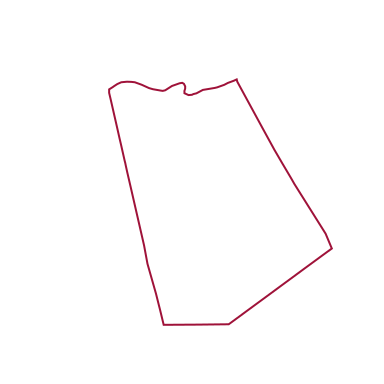 Buriti, Maranhão, Brazil (orthographic projection), rotated 231°
{"feature_id": "56859067B91563835900572", "entity_name": "Buriti", "entity_type": "district", "adm_level": 2, "iso_a3": "BRA", "parent_name": "Brazil", "parent_adm1": "Maranhão", "projection": "orthographic", "projection_center": [-42.895, -3.884], "detail": "fine", "context": "isolated", "style": "outline", "palette": "rose", "viewbox_px": 384, "rotation_deg": 231, "n_neighbors": 0, "source": "geoboundaries", "source_scale": "gbopen_adm2", "svg_char_len": 970}
<svg xmlns="http://www.w3.org/2000/svg" viewBox="0 0 384 384"><g transform="rotate(231 192 192)"><path d="M106.6,86.4L85.4,112.9L66.1,137.3L65.1,158.6L64.4,173.4L61.7,232.1L60.7,253.0L60.1,265.1L75.5,269.6L101.3,272.7L133.7,276.6L140.4,277.7L157.4,280.2L173.0,282.6L198.3,287.2L249.2,296.6L251.4,297.6L252.1,294.7L254.2,288.5L255.0,284.5L257.5,277.4L258.5,275.3L261.2,270.5L264.5,264.7L265.9,257.5L267.2,254.8L267.6,253.1L269.5,250.3L273.5,248.3L275.3,249.7L276.6,251.7L278.4,253.2L281.2,253.8L283.0,253.1L284.3,250.8L286.1,245.7L287.0,243.2L287.9,235.2L289.0,232.9L290.4,231.6L296.5,226.3L299.8,224.0L307.0,220.4L313.3,216.6L315.9,214.0L318.6,210.9L321.8,206.1L322.9,201.9L323.3,198.1L323.4,196.4L323.7,193.8L323.9,192.2L321.2,190.0L315.4,187.2L288.3,173.9L279.6,169.6L273.6,166.7L258.6,159.3L256.6,158.4L254.1,157.1L248.1,154.1L233.1,146.8L180.6,121.1L164.2,112.2L135.6,100.0L124.4,94.8L120.7,93.1L106.6,86.4Z" fill="none" stroke="#9f1239" stroke-width="2"/></g></svg>